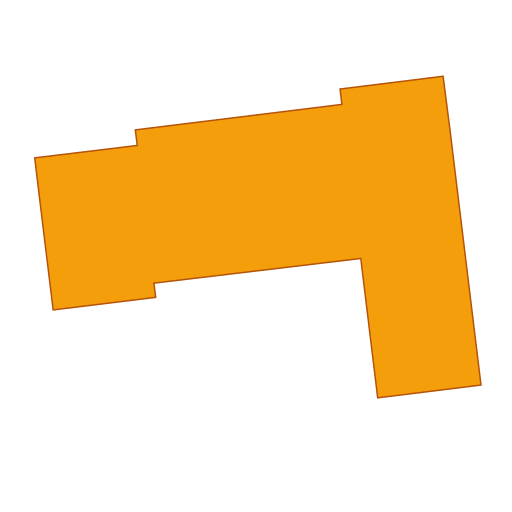 outline of Pierce, North Dakota, United States of America, rotated 83°
{"feature_id": "52423323B9617880676259", "entity_name": "Pierce", "entity_type": "district", "adm_level": 2, "iso_a3": "USA", "parent_name": "United States of America", "parent_adm1": "North Dakota", "projection": "mercator", "projection_center": [-99.984, 48.196], "detail": "fine", "context": "isolated", "style": "filled", "palette": "amber", "viewbox_px": 512, "rotation_deg": 83, "n_neighbors": 0, "source": "geoboundaries", "source_scale": "gbopen_adm2", "svg_char_len": 347}
<svg xmlns="http://www.w3.org/2000/svg" viewBox="0 0 512 512"><g transform="rotate(83 256 256)"><path d="M284.8,463.9L284.8,360.6L270.5,360.6L271.2,152.3L411.6,152.5L411.5,48.4L152.3,48.1L100.4,48.4L100.5,152.2L116.0,152.3L116.1,360.4L131.8,360.4L131.6,463.7L182.8,463.8L284.8,463.9Z" fill="#f59e0b" stroke="#b45309" stroke-width="1.5"/></g></svg>